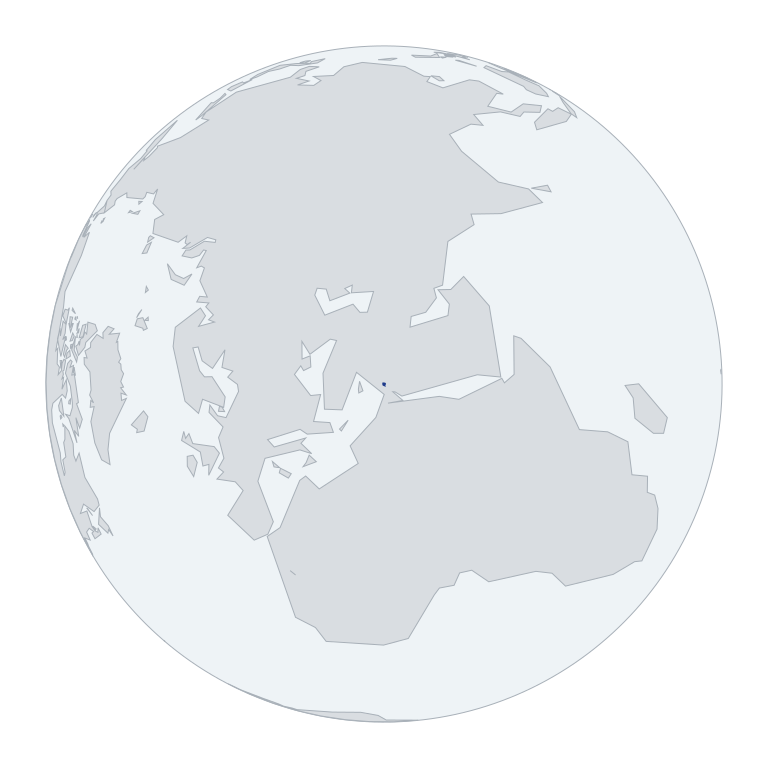 Madaba highlighted on a globe, orthographic projection, rotated 289°
{"feature_id": "JOR-858", "entity_name": "Madaba", "entity_type": "Province", "adm_level": 1, "iso_a3": "JOR", "parent_name": "Jordan", "parent_adm1": "", "projection": "orthographic", "projection_center": [35.711, 31.597], "detail": "fine", "context": "on_globe", "style": "filled", "palette": "blue", "viewbox_px": 768, "rotation_deg": 289, "n_neighbors": 0, "source": "natural_earth", "source_scale": "10m", "svg_char_len": 10677}
<svg xmlns="http://www.w3.org/2000/svg" viewBox="0 0 768 768"><g transform="rotate(289 384 384)"><circle cx="384" cy="384" r="338" fill="#eef3f6" stroke="#a8b0b8"/><path d="M351.7,47.6L352.4,47.6L392.1,46.5L406.4,46.9L401.9,47.0L420.5,48.1L425.8,48.7L422.5,48.3L437.4,50.4L436.9,50.7L443.8,52.1L441.9,52.5L426.4,50.8L424.9,51.3L435.5,52.9L440.2,55.0L424.9,52.4L431.6,56.1L407.0,56.0L367.5,52.3L352.6,55.9L308.7,62.8L311.5,63.9L296.6,68.4L294.3,71.6L286.8,72.9L291.4,74.6L298.7,72.9L303.2,73.3L302.5,75.3L292.8,76.9L291.8,76.1L288.6,77.7L284.0,77.8L285.9,78.9L274.2,81.2L284.6,82.2L274.4,86.7L267.0,87.5L269.4,83.1L258.0,77.2L251.3,78.2L239.3,83.1L213.5,100.3L205.3,103.9L193.1,111.7L196.8,111.2L207.7,105.0L211.5,106.9L224.4,100.2L227.8,100.3L240.4,95.9L236.7,101.4L226.3,109.5L215.7,113.8L210.8,117.8L219.4,118.2L198.3,131.6L182.0,150.6L176.7,154.1L169.0,151.4L172.6,139.0L162.7,139.1L167.2,144.4L154.0,154.5L151.0,158.8L150.6,161.8L154.9,160.4L150.0,165.4L143.6,161.1L148.0,156.4L150.0,157.5L151.6,152.2L147.2,151.0L140.8,157.0L141.0,151.4L136.4,156.0L133.9,157.9L141.1,150.7L128.1,164.0L127.3,164.2L144.9,145.2L163.9,127.6L184.2,111.5L205.7,97.0L228.2,84.1L251.6,73.1L275.9,63.8L300.7,56.5L326.1,51.1L351.7,47.6ZM49.8,334.3L48.3,345.3L47.4,372.1L47.2,388.6L46.7,394.0L47.7,402.7L47.8,407.8L57.0,442.1L66.0,468.9L68.7,486.4L67.0,495.5L77.3,525.8L67.8,503.2L60.0,479.9L53.9,456.2L49.5,432.0L46.9,407.7L46.1,383.1L47.0,358.6L49.8,334.3ZM445.1,52.3L447.5,52.6L450.0,53.3L445.1,52.3ZM241.6,93.3L240.9,94.6L238.9,94.7L241.6,93.3ZM247.6,90.4L245.7,89.7L248.3,88.2L249.4,88.7L247.6,90.4ZM449.5,54.8L452.8,56.4L446.7,54.4L449.5,54.8ZM249.3,91.8L253.1,85.8L257.6,83.4L265.7,83.5L249.3,91.8ZM453.0,57.1L461.3,61.7L467.4,62.4L454.8,63.8L451.9,58.9L443.5,56.1L450.5,57.4L453.0,57.1ZM301.3,71.6L293.5,73.4L300.7,70.1L301.3,71.6ZM304.8,69.5L320.4,60.6L331.5,59.5L324.0,62.4L339.0,60.1L336.8,63.9L328.1,66.0L321.3,65.8L325.7,67.5L304.8,69.5ZM446.5,64.2L446.2,65.4L443.6,63.9L446.5,64.2ZM305.5,73.2L307.7,71.2L317.5,70.0L315.0,73.8L312.6,72.9L305.5,73.2ZM344.0,58.0L350.9,58.2L351.0,61.1L353.7,61.7L337.7,63.9L344.0,58.0ZM310.0,74.3L313.5,75.9L308.2,78.4L304.1,75.1L310.0,74.3ZM321.1,68.3L325.6,68.0L322.3,69.3L321.1,68.3ZM291.5,89.5L293.8,86.5L299.1,85.5L291.5,89.5ZM315.1,76.4L316.9,75.5L319.2,75.0L320.4,76.6L315.1,76.4ZM338.9,66.1L337.5,67.5L345.4,65.3L345.8,67.9L335.1,69.1L339.9,69.7L340.0,70.5L331.2,70.7L338.9,66.1ZM328.6,76.8L315.1,80.0L309.6,85.4L304.7,86.2L314.5,77.6L328.6,76.8ZM330.9,73.1L328.4,75.5L323.6,75.1L322.3,73.2L330.9,73.1ZM350.0,69.4L352.1,65.1L354.4,65.0L350.0,69.4ZM327.9,78.4L331.2,77.6L328.1,78.8L327.9,78.4ZM344.3,72.1L344.7,70.5L347.3,70.4L344.3,72.1ZM337.4,77.7L333.0,78.6L332.0,77.2L337.4,77.7ZM341.3,75.2L344.7,75.6L334.3,76.2L341.1,74.4L341.3,75.2ZM346.6,72.3L348.3,71.8L346.1,73.1L346.6,72.3ZM343.6,82.9L330.7,84.0L328.5,80.7L341.4,80.0L343.6,82.9ZM137.0,468.6L121.8,413.1L131.4,398.5L134.6,376.3L201.8,323.2L214.4,332.5L265.4,335.7L271.5,339.9L263.7,356.9L300.5,385.5L314.5,372.1L349.7,387.2L374.2,387.6L386.1,354.2L345.9,352.8L340.8,335.9L374.4,322.8L409.7,325.0L408.9,318.6L388.0,304.3L397.6,292.5L380.9,298.4L386.6,305.0L376.3,309.3L370.5,303.6L374.1,299.4L363.9,296.2L349.2,318.4L353.4,327.5L325.6,329.6L329.9,345.4L321.8,351.9L311.6,327.7L313.8,319.4L293.5,292.0L288.7,300.7L307.5,327.6L300.9,324.8L294.6,338.3L294.3,325.9L275.0,295.7L251.0,296.4L217.7,324.2L204.2,323.1L194.1,312.1L209.0,279.0L237.4,285.5L243.1,275.2L239.7,257.0L248.6,261.0L250.7,254.8L261.7,256.8L279.5,245.0L291.0,245.8L300.2,227.8L307.4,226.2L299.8,237.0L300.8,245.6L329.6,248.9L335.9,245.6L339.6,234.0L347.0,236.9L346.9,225.4L364.6,222.5L342.9,216.8L346.7,204.5L358.5,196.2L355.9,191.5L336.5,205.3L332.3,211.9L334.9,219.0L320.1,238.0L309.7,240.0L310.5,217.4L295.8,218.2L302.9,201.5L350.8,172.4L369.7,168.2L396.1,185.7L390.4,193.0L378.1,189.9L387.4,203.6L387.6,197.2L393.8,200.2L399.0,190.3L403.6,192.0L400.6,180.2L406.9,181.2L408.7,188.6L421.7,176.3L435.3,176.4L436.0,172.9L432.9,169.1L452.3,172.5L452.0,169.8L445.5,167.6L440.6,161.2L439.4,151.4L446.2,153.1L447.5,156.8L460.5,167.7L462.9,178.3L465.6,178.0L465.1,169.4L449.3,155.9L446.7,149.6L455.1,155.0L451.8,152.5L452.7,150.0L459.9,149.3L451.0,143.2L451.1,116.5L464.9,113.6L472.4,120.6L479.6,106.8L494.7,106.5L488.7,104.2L488.0,97.3L483.3,97.2L480.4,95.7L476.6,80.2L481.0,78.6L472.5,71.3L469.4,70.3L465.7,70.9L454.8,63.8L467.4,62.4L473.8,64.4L477.4,63.0L491.4,68.2L504.7,72.6L518.0,80.6L527.3,84.1L527.6,83.2L540.6,88.2L566.1,102.8L544.1,94.4L505.5,77.5L521.1,84.2L517.1,84.1L522.5,87.6L533.6,92.8L535.1,92.4L550.7,111.3L576.5,132.3L575.7,125.2L583.2,127.2L611.9,149.4L643.6,195.6L654.1,202.4L660.0,210.0L662.8,219.5L654.2,208.4L649.9,208.8L644.5,201.7L646.1,214.5L638.6,204.9L643.5,220.4L650.4,225.6L651.8,217.2L659.3,235.9L670.9,242.8L681.0,258.8L691.0,300.4L688.0,321.5L689.7,327.7L683.9,326.1L683.2,343.3L699.4,365.7L701.3,375.1L696.9,402.4L695.5,395.9L680.4,391.7L682.5,415.7L694.2,424.4L698.4,442.3L691.6,443.0L686.7,427.7L681.3,425.6L679.2,405.5L668.0,381.1L660.8,393.4L658.0,381.6L641.4,364.6L629.3,381.6L612.2,426.4L615.5,457.2L607.2,474.8L583.2,439.2L573.0,411.0L564.0,417.3L539.6,398.0L496.5,407.2L490.7,400.0L482.5,405.5L465.4,400.1L456.7,387.7L446.2,390.1L469.5,422.2L480.8,419.8L490.7,404.4L495.1,416.4L511.6,424.3L492.1,458.1L428.6,492.2L423.1,469.2L378.4,404.8L380.1,397.2L380.0,396.3L379.5,394.8L374.6,407.2L367.2,394.0L390.3,440.3L393.9,459.8L427.7,493.6L424.3,497.5L435.4,503.9L471.8,491.0L471.8,498.7L454.2,535.5L404.5,583.6L411.6,611.1L408.8,633.4L378.9,648.0L382.6,663.2L367.3,668.2L367.1,676.1L355.5,683.6L335.7,689.4L300.7,685.4L297.6,678.8L278.6,662.7L252.0,621.4L259.8,604.5L256.3,588.6L231.1,547.4L236.5,527.6L230.0,517.0L216.5,515.8L209.1,502.8L201.0,500.2L151.3,489.8L137.0,468.6ZM177.0,356.0L174.7,362.4L174.7,362.5L177.0,356.0ZM446.5,344.9L468.1,344.0L459.6,323.5L467.2,321.8L461.5,315.8L458.8,322.1L445.1,305.7L454.9,298.5L452.8,289.6L445.5,289.6L429.8,305.6L449.4,328.7L443.9,337.9L446.5,344.9ZM69.9,259.3L69.3,261.0L69.5,260.3L69.9,259.3ZM154.4,154.7L154.7,155.2L153.3,159.0L151.8,158.7L154.4,154.7ZM160.2,169.4L152.1,177.3L156.8,171.0L153.1,171.5L158.4,159.8L174.3,155.3L166.2,159.1L160.2,169.4ZM169.8,144.1L164.7,151.3L169.7,143.7L169.8,144.1ZM251.5,221.5L254.5,226.6L249.1,232.9L234.5,234.2L242.2,224.8L251.5,221.5ZM259.9,232.5L264.7,211.0L274.0,210.1L268.0,214.1L273.6,215.7L265.4,222.6L269.5,243.8L265.0,250.9L240.6,248.0L251.0,244.6L247.5,239.5L259.9,232.5ZM260.9,165.5L263.1,158.4L280.3,165.4L276.2,171.4L261.4,172.5L257.5,166.0L260.9,165.5ZM262.9,93.9L262.7,92.3L265.4,91.6L267.8,92.5L262.9,93.9ZM292.1,88.2L266.9,101.1L265.3,99.7L252.4,110.2L243.2,110.6L251.9,103.6L235.1,112.4L239.3,106.3L228.4,112.9L248.7,97.3L251.7,92.8L251.8,97.4L260.2,97.0L264.7,95.5L279.8,88.2L290.5,79.3L300.5,78.2L304.7,79.8L303.7,81.8L297.5,81.7L300.5,84.4L290.8,85.9L292.1,88.2ZM348.3,110.8L341.6,108.0L346.0,117.5L336.3,117.4L337.5,118.5L329.7,121.3L322.3,126.9L318.2,126.0L317.1,128.7L311.9,130.9L309.0,134.4L300.6,134.3L296.3,138.7L294.7,136.2L289.7,143.9L289.7,138.3L283.0,141.2L286.5,145.1L248.1,140.6L232.0,144.4L218.6,151.2L220.4,141.7L234.1,129.8L253.0,119.1L268.2,117.3L266.3,113.8L273.0,112.1L271.7,115.5L277.7,109.3L282.9,109.0L299.7,102.0L305.1,94.2L311.4,91.8L311.9,94.8L317.8,90.5L323.0,94.6L327.7,93.2L337.4,96.4L335.7,103.6L341.0,101.5L348.7,104.4L348.3,110.8ZM346.1,83.9L346.3,91.5L341.0,95.6L326.2,88.5L321.3,89.2L311.6,85.8L319.4,80.3L321.5,81.7L325.3,81.8L321.3,83.5L327.3,82.3L330.3,84.4L335.8,84.2L334.4,86.6L346.1,83.9ZM279.5,334.4L284.4,336.0L292.4,336.4L288.5,345.3L279.5,334.4ZM265.9,313.9L270.6,313.6L269.0,325.5L263.9,324.2L265.9,313.9ZM274.4,303.7L270.9,312.6L269.8,307.0L274.4,303.7ZM304.3,236.4L309.3,235.7L309.4,238.5L306.0,242.3L304.3,236.4ZM359.4,142.1L356.4,139.0L358.2,137.8L358.1,129.6L365.3,129.5L368.2,134.4L359.4,142.1ZM378.6,360.0L370.7,366.3L367.3,363.1L370.7,361.5L378.6,360.0ZM326.9,356.6L338.1,361.9L325.7,359.0L326.9,356.6ZM367.2,140.5L366.3,137.0L370.4,139.2L367.2,140.5ZM370.5,129.0L375.6,130.8L366.1,128.5L370.5,129.0ZM506.4,697.9L508.0,697.8L503.0,699.6L506.4,697.9ZM467.1,624.8L444.5,662.8L428.4,664.4L425.1,654.8L433.3,632.4L452.0,624.1L461.1,612.4L467.1,624.8ZM715.1,451.6L714.9,452.3L715.2,451.0L715.1,451.6ZM714.5,452.6L715.8,447.6L713.6,456.5L714.5,452.6ZM716.4,444.6L716.2,445.7L716.5,444.4L716.4,444.6ZM713.2,456.3L703.4,475.5L698.6,479.5L700.5,472.8L708.4,461.8L713.2,456.3ZM700.1,473.3L691.6,470.9L674.1,445.7L680.5,441.1L697.6,449.4L696.7,454.7L701.9,458.7L700.1,473.3ZM717.5,419.6L716.4,433.5L711.8,443.1L709.2,445.9L707.6,433.0L708.6,422.8L710.9,419.1L715.7,375.5L718.2,376.9L717.8,393.6L719.6,400.2L717.5,419.6ZM617.1,459.5L625.2,473.9L620.1,479.4L617.1,459.5ZM714.4,349.5L714.6,368.1L713.4,346.0L714.4,349.5ZM711.7,330.8L713.3,336.6L711.2,333.1L711.7,330.8ZM692.7,336.3L690.3,341.9L688.7,337.6L690.7,328.0L692.7,336.3ZM688.7,272.8L694.6,285.4L696.2,290.5L692.3,284.8L688.7,272.8ZM427.2,140.0L419.4,151.1L418.5,160.2L425.5,166.6L412.3,162.9L413.6,148.7L427.2,140.0ZM447.4,118.9L441.2,114.3L446.0,113.8L448.1,114.8L447.4,118.9ZM442.2,117.9L430.7,117.1L428.6,112.9L438.1,114.3L442.2,117.9ZM398.9,127.5L396.1,130.6L392.8,128.6L398.9,127.5ZM719.9,420.6L720.4,411.8L718.9,427.9L718.4,430.5L719.0,419.4L720.1,401.4L720.6,392.3L721.8,378.3L720.3,399.9L720.6,405.8L721.6,394.4L720.8,406.5L720.5,414.4L719.9,420.6ZM720.3,357.0L718.5,351.2L718.5,359.6L717.0,336.1L719.2,345.4L720.3,357.0ZM716.3,337.9L716.5,345.6L715.3,332.9L716.3,337.9ZM715.6,343.1L713.9,336.3L714.7,334.0L715.6,343.1ZM716.6,336.1L713.9,323.0L715.7,328.6L716.6,336.1ZM709.3,321.4L713.7,326.5L710.8,330.3L703.2,307.3L703.9,302.9L709.3,321.4ZM666.0,209.5L661.7,204.4L660.3,199.7L663.7,204.5L666.0,209.5ZM651.5,182.0L658.5,196.9L663.3,210.0L665.2,210.4L672.5,222.5L665.9,216.5L657.3,199.8L654.9,191.8L647.8,182.7L641.9,173.0L632.9,163.9L628.2,157.9L635.6,163.9L651.5,182.0ZM629.0,160.4L611.2,143.8L611.5,140.2L615.5,143.0L623.6,151.9L622.9,153.2L629.0,160.4ZM607.0,139.0L606.1,140.4L578.1,124.1L572.3,120.0L593.8,129.1L594.2,131.1L601.0,136.1L607.0,139.0ZM449.9,65.9L446.5,65.4L448.8,64.9L449.9,65.9ZM477.8,95.8L474.2,93.7L476.9,92.7L477.8,95.8ZM465.6,87.5L465.0,90.0L462.8,86.6L465.6,87.5ZM464.3,96.0L463.5,90.6L468.3,96.8L464.3,96.0Z" fill="#d9dde1" stroke="#a8b0b8" stroke-width="1"/><path d="M382.7,385.0L382.7,384.6L382.8,384.2L382.8,383.7L383.0,383.5L383.4,383.5L383.5,383.4L383.6,383.1L383.8,383.0L384.0,383.0L384.2,382.9L384.4,382.9L384.5,382.9L384.6,383.3L384.5,383.5L384.5,383.8L384.8,384.2L384.8,384.3L384.9,384.5L384.7,385.0L384.3,385.1L384.2,385.1L383.9,385.1L383.7,385.1L383.2,385.0L382.8,384.9L382.7,385.0Z" fill="#3b82f6" stroke="#1e3a8a" stroke-width="1.5"/></g></svg>